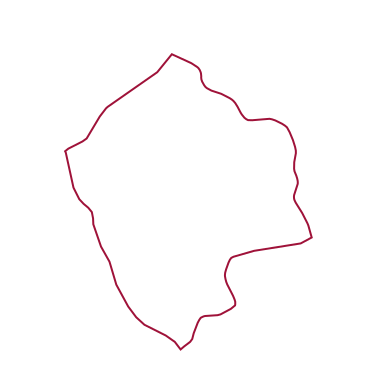 the border of Le Kef, rotated 328°
{"feature_id": "TUN-109", "entity_name": "Le Kef", "entity_type": "Governorate", "adm_level": 1, "iso_a3": "TUN", "parent_name": "Tunisia", "parent_adm1": "", "projection": "mercator", "projection_center": [8.752, 36.03], "detail": "fine", "context": "isolated", "style": "outline", "palette": "rose", "viewbox_px": 384, "rotation_deg": 328, "n_neighbors": 0, "source": "natural_earth", "source_scale": "10m", "svg_char_len": 1498}
<svg xmlns="http://www.w3.org/2000/svg" viewBox="0 0 384 384"><g transform="rotate(328 192 192)"><path d="M98.9,319.5L98.0,310.0L93.7,299.8L81.3,279.4L78.3,268.6L77.2,255.3L78.7,230.5L84.1,211.0L85.1,207.3L85.9,190.1L91.2,167.1L94.1,162.0L96.4,156.0L95.7,150.4L93.8,144.6L92.6,138.4L93.8,125.5L105.8,91.8L106.0,90.2L110.1,89.7L125.9,91.1L131.0,90.8L153.8,79.1L163.4,75.5L165.6,75.1L226.0,72.0L247.9,64.5L259.7,82.4L262.7,88.9L263.1,90.3L263.2,92.6L262.8,95.1L262.4,96.3L261.2,98.7L260.4,99.9L259.6,101.6L259.1,103.8L258.9,107.9L259.1,110.1L259.7,111.9L262.2,116.3L268.8,124.2L273.7,132.4L274.8,134.8L275.4,136.8L275.8,139.4L275.8,143.9L275.3,150.4L275.3,152.6L275.8,156.8L276.6,159.0L277.6,160.7L281.0,163.0L296.5,171.0L298.4,172.8L300.6,175.5L304.5,181.8L306.0,185.0L306.8,187.5L306.5,193.0L305.1,201.5L303.3,208.4L302.0,211.9L300.6,214.2L294.5,220.9L290.9,226.4L289.9,228.8L289.1,233.4L288.4,236.1L287.5,238.6L286.8,239.9L286.0,241.1L277.0,248.7L276.1,249.8L275.3,251.2L274.9,252.2L274.6,253.3L274.3,256.0L274.3,268.2L273.3,279.8L272.9,282.1L269.4,294.0L256.9,293.2L213.5,274.8L192.9,268.9L190.4,268.7L188.3,269.5L185.6,271.2L179.9,275.7L177.4,278.0L175.9,279.9L175.3,281.0L174.3,283.5L173.4,286.4L172.9,289.0L171.8,301.8L171.1,305.9L170.5,308.0L169.2,310.1L168.4,311.0L163.0,311.7L151.3,310.9L148.4,310.0L137.4,304.1L136.2,303.7L135.0,303.5L132.8,303.3L130.6,304.2L127.6,305.9L118.6,312.7L114.3,316.8L111.0,318.1L103.5,318.8L98.9,319.5Z" fill="none" stroke="#9f1239" stroke-width="2"/></g></svg>